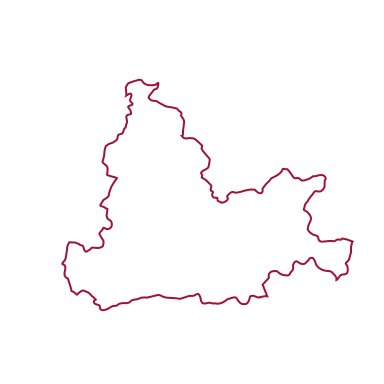 outline of Phuc Hoa, Cao Bằng, Vietnam, rotated 76°
{"feature_id": "81297802B46332855119377", "entity_name": "Phuc Hoa", "entity_type": "district", "adm_level": 2, "iso_a3": "VNM", "parent_name": "Vietnam", "parent_adm1": "Cao Bằng", "projection": "robinson", "projection_center": [106.527, 22.563], "detail": "fine", "context": "isolated", "style": "outline", "palette": "rose", "viewbox_px": 384, "rotation_deg": 76, "n_neighbors": 0, "source": "geoboundaries", "source_scale": "gbopen_adm2", "svg_char_len": 6000}
<svg xmlns="http://www.w3.org/2000/svg" viewBox="0 0 384 384"><g transform="rotate(76 192 192)"><path d="M278.9,48.2L275.4,53.4L273.5,57.4L273.6,57.9L274.3,58.9L274.3,59.3L273.5,61.5L273.3,62.4L274.1,65.4L274.1,66.3L273.2,68.7L272.5,72.1L272.3,74.0L271.7,77.7L271.1,79.2L270.1,80.2L268.9,80.6L266.6,80.6L265.5,80.8L265.0,81.2L263.6,83.2L262.7,84.8L260.0,87.2L258.4,88.1L257.0,88.6L255.5,88.6L252.7,87.2L248.4,83.8L246.8,83.0L244.7,82.8L242.7,83.3L240.0,84.5L238.7,85.5L236.8,87.5L235.8,87.7L233.9,86.5L231.9,85.6L230.4,84.1L228.9,82.0L227.1,80.3L225.0,77.7L223.5,75.6L221.5,73.4L221.2,72.6L221.1,71.6L222.0,69.5L222.4,68.0L222.4,66.5L221.6,64.8L220.2,63.0L218.3,61.9L213.8,60.7L212.6,60.1L211.8,59.3L210.8,58.9L209.8,59.1L208.2,59.9L206.9,61.8L206.4,65.8L206.6,68.1L206.0,70.9L206.5,71.9L207.6,75.5L207.9,80.1L207.5,82.5L206.8,83.4L205.3,84.2L204.6,85.0L203.9,86.2L203.8,88.2L203.2,89.4L201.8,90.2L197.0,92.0L193.0,93.9L193.0,94.2L192.5,95.8L191.6,97.7L191.6,98.3L193.2,99.6L194.4,101.1L195.5,103.0L196.6,105.9L197.9,111.8L199.5,113.7L202.4,118.5L205.8,122.7L208.6,123.4L209.4,124.2L209.8,124.9L209.8,125.7L209.5,126.9L208.5,128.1L206.4,129.7L205.0,130.4L204.7,131.1L203.7,134.8L203.4,141.0L203.6,143.9L203.5,148.6L202.9,150.6L202.1,151.7L201.7,152.7L201.8,154.2L202.4,155.5L203.5,157.6L204.4,158.8L205.0,159.0L205.8,159.0L207.2,158.7L208.4,159.7L209.2,161.6L209.7,163.7L209.5,166.1L208.3,167.2L207.3,168.7L206.7,169.1L206.1,169.2L203.8,168.9L203.5,169.5L202.9,171.8L202.2,172.6L200.8,173.2L199.7,173.2L198.7,172.8L197.5,171.7L196.6,171.8L195.4,173.2L194.4,173.4L191.0,171.8L190.3,171.8L184.0,175.4L180.3,179.0L178.6,178.1L177.9,178.1L176.4,178.5L175.6,178.6L174.7,177.7L173.9,175.8L173.4,173.4L172.7,171.3L172.1,170.2L167.4,167.9L164.6,166.9L163.9,167.0L154.9,171.5L152.3,172.2L151.3,171.9L149.8,170.9L149.5,170.9L146.1,173.0L141.3,176.3L140.1,178.2L139.1,181.3L138.7,184.6L137.9,186.5L137.3,187.2L135.1,188.3L135.1,187.8L134.8,187.4L133.9,186.9L130.5,185.9L121.7,182.5L119.2,182.7L115.4,184.2L114.2,183.5L113.0,183.1L112.2,183.3L109.9,185.2L107.4,186.4L105.0,191.1L103.1,195.6L102.0,197.5L100.6,198.8L97.9,201.9L95.9,203.7L94.9,205.0L94.4,206.5L94.1,207.7L92.8,209.8L90.1,211.3L88.6,210.5L83.6,204.1L83.1,201.0L82.0,199.9L78.4,198.3L78.0,198.5L78.1,199.3L79.1,200.9L78.8,204.8L78.0,207.8L77.6,208.8L76.4,210.7L74.9,212.3L71.1,214.1L70.5,215.4L70.3,217.0L70.5,222.2L70.8,225.7L71.2,227.7L72.5,229.2L74.5,231.0L79.4,231.7L81.7,232.1L82.6,232.6L81.6,229.5L81.6,228.3L81.8,227.6L82.7,227.3L83.7,227.4L87.9,230.0L89.0,229.9L91.6,228.4L92.5,228.6L92.9,229.1L93.3,232.4L93.8,233.3L94.4,233.4L97.7,232.1L99.9,231.9L101.3,232.2L101.7,232.8L101.6,236.0L102.8,237.4L103.9,237.7L107.7,237.9L109.3,238.5L110.4,239.4L113.1,240.7L114.6,242.7L117.7,244.7L118.4,245.6L118.5,248.1L118.7,249.4L119.4,250.3L121.8,251.3L123.0,252.1L123.7,253.4L124.9,256.7L125.3,261.0L126.6,264.5L129.7,266.4L135.5,268.5L139.7,270.7L140.8,271.5L141.9,271.5L146.2,268.4L147.6,268.1L150.4,268.6L154.7,270.2L155.1,270.1L157.2,266.7L159.0,263.3L160.4,261.5L163.2,264.8L167.3,268.9L171.7,272.0L175.1,273.5L176.3,274.7L177.1,276.1L178.3,279.8L181.2,282.8L182.4,284.0L183.0,284.2L183.5,283.9L185.2,281.1L187.1,279.5L187.7,278.3L187.8,278.2L188.6,278.3L194.2,280.6L197.0,280.5L198.4,279.6L200.1,278.0L202.3,277.3L205.4,278.0L206.8,279.3L207.5,280.9L207.7,282.6L207.4,283.7L205.4,286.1L205.4,286.8L206.0,287.1L207.2,288.4L209.2,291.4L210.3,292.0L214.1,291.0L216.9,290.0L218.8,289.8L219.9,290.1L222.7,291.4L223.4,292.4L223.8,295.0L223.5,297.2L221.9,301.9L221.9,303.0L223.1,304.8L224.3,308.6L224.2,309.5L223.2,310.3L220.3,310.7L218.4,310.7L217.3,311.5L217.1,312.2L216.3,313.4L215.2,314.1L214.6,315.1L213.1,317.1L212.5,318.5L211.1,323.2L213.2,325.1L215.0,326.3L216.9,326.9L224.9,330.2L227.0,331.5L228.3,333.0L229.3,334.5L230.3,335.2L232.5,333.2L233.6,333.0L235.5,333.4L240.0,335.4L242.6,335.8L244.6,334.8L246.1,333.3L256.8,332.7L259.0,332.9L259.5,332.1L261.0,330.4L263.6,328.8L263.8,328.2L263.4,327.6L262.8,327.0L261.2,323.0L261.2,321.6L261.7,320.6L264.7,316.7L267.2,315.1L268.9,314.2L269.9,313.3L273.1,311.4L273.9,313.3L274.8,313.8L275.9,313.8L276.7,313.4L277.3,312.8L279.6,309.3L280.5,309.1L281.8,309.3L283.4,309.2L284.6,308.3L285.1,307.4L285.3,304.5L285.1,302.4L283.7,297.6L283.5,296.5L283.9,294.0L284.0,292.6L282.9,289.9L282.9,287.8L283.2,285.2L284.0,282.6L284.1,281.1L284.0,279.6L282.7,277.2L282.4,275.2L282.8,271.5L282.3,266.6L282.9,263.2L283.6,261.0L283.7,249.8L284.4,248.2L285.2,247.0L286.5,245.6L287.7,243.6L288.3,242.3L290.5,235.6L292.0,231.1L292.7,230.0L292.7,228.0L292.2,220.9L292.4,218.7L293.0,216.1L293.0,215.3L292.9,214.3L292.4,212.8L292.3,211.8L292.4,210.7L293.3,210.0L295.6,209.4L300.2,209.5L301.7,209.0L302.4,208.5L303.0,207.6L303.4,206.1L303.5,202.8L303.7,201.7L305.3,198.5L305.6,196.5L306.5,194.6L306.8,192.7L306.9,191.1L306.6,189.2L305.8,186.2L304.7,183.8L304.3,177.3L304.6,175.8L305.1,175.0L305.9,174.4L307.7,173.9L309.7,173.0L311.4,172.0L312.5,170.9L313.2,169.4L313.7,167.4L313.5,165.7L312.3,164.1L310.4,162.5L307.8,161.2L307.2,160.4L307.4,157.8L308.1,156.6L310.3,153.6L310.5,152.4L310.5,151.8L310.3,151.3L310.8,150.9L310.6,149.6L310.6,148.0L310.8,145.9L311.5,144.2L298.9,145.9L296.2,141.7L294.1,138.4L293.6,138.0L292.1,138.0L290.8,137.5L289.9,136.9L288.9,135.6L288.4,133.8L288.6,131.5L289.2,129.1L290.5,127.9L292.1,126.8L293.0,125.8L294.6,123.6L295.9,120.3L296.1,118.9L296.0,118.1L295.5,117.1L294.0,115.9L292.5,113.7L291.2,112.5L287.0,111.5L285.5,110.1L284.7,109.0L284.5,107.8L284.6,107.1L287.7,104.1L288.9,101.4L288.9,100.1L287.9,98.1L286.5,95.8L284.9,94.0L284.7,92.8L284.8,91.8L285.2,90.8L287.1,89.9L289.8,89.3L292.1,89.2L294.0,88.6L296.7,86.9L299.2,84.3L300.5,81.9L301.6,79.1L302.2,77.3L303.6,75.7L307.7,73.4L309.4,72.8L310.5,72.6L312.3,73.2L312.2,72.6L311.9,72.0L308.7,68.2L308.4,66.5L308.9,63.7L308.4,61.4L307.0,60.3L304.0,59.4L301.4,59.2L299.3,60.0L298.5,60.1L298.0,59.7L296.7,57.5L295.4,55.9L291.4,53.7L288.9,52.2L286.5,51.7L283.1,50.7L279.2,48.6L278.9,48.2Z" fill="none" stroke="#9f1239" stroke-width="2"/></g></svg>